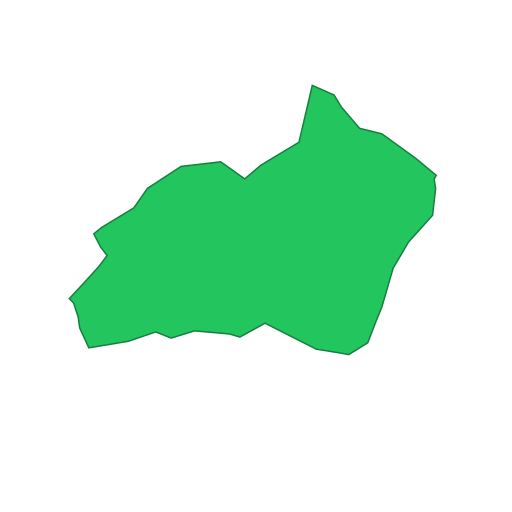 outline of O'ndorshireet, Töv, Mongolia, rotated 308°
{"feature_id": "93677404B29580172170474", "entity_name": "O'ndorshireet", "entity_type": "district", "adm_level": 2, "iso_a3": "MNG", "parent_name": "Mongolia", "parent_adm1": "Töv", "projection": "orthographic", "projection_center": [104.989, 47.437], "detail": "fine", "context": "isolated", "style": "filled", "palette": "green", "viewbox_px": 512, "rotation_deg": 308, "n_neighbors": 0, "source": "geoboundaries", "source_scale": "gbopen_adm2", "svg_char_len": 720}
<svg xmlns="http://www.w3.org/2000/svg" viewBox="0 0 512 512"><g transform="rotate(308 256 256)"><path d="M425.1,195.3L372.1,219.8L330.8,204.0L330.4,203.9L309.8,199.6L309.2,185.5L308.5,170.2L280.5,141.8L242.5,128.8L218.7,130.1L183.6,116.8L173.6,114.5L167.3,128.2L164.7,138.4L150.5,138.6L125.5,136.7L107.5,135.1L106.6,141.3L98.3,153.6L90.8,161.3L80.7,180.8L110.2,207.9L134.4,223.7L139.1,239.7L159.2,253.7L178.2,283.1L182.2,293.2L208.6,304.5L219.7,360.9L231.5,382.3L235.4,389.8L256.4,397.5L278.4,390.8L293.0,386.7L330.8,371.6L360.8,367.6L396.7,370.1L419.8,356.0L426.3,349.0L430.5,348.4L431.3,322.1L429.8,280.2L420.4,259.0L426.0,231.4L430.9,218.5L425.1,195.3Z" fill="#22c55e" stroke="#15803d" stroke-width="1.5"/></g></svg>